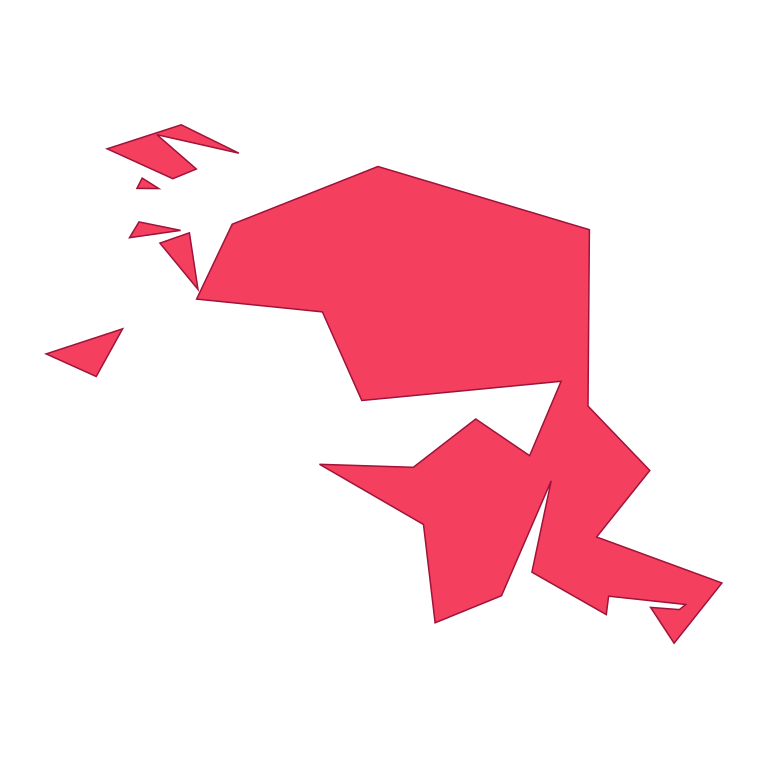 map outline of Papua Barat (orthographic projection)
{"feature_id": "IDN-1933", "entity_name": "Papua Barat", "entity_type": "Province", "adm_level": 1, "iso_a3": "IDN", "parent_name": "Indonesia", "parent_adm1": "", "projection": "orthographic", "projection_center": [132.375, -1.612], "detail": "coarse", "context": "isolated", "style": "filled", "palette": "rose", "viewbox_px": 768, "rotation_deg": 0, "n_neighbors": 0, "source": "natural_earth", "source_scale": "10m", "svg_char_len": 735}
<svg xmlns="http://www.w3.org/2000/svg" viewBox="0 0 768 768"><path d="M674.1,643.2L650.6,607.4L679.4,609.6L685.7,604.5L608.6,596.2L606.3,614.6L531.9,572.2L551.2,480.8L501.5,595.7L435.1,622.8L423.5,524.5L319.5,464.3L413.3,467.3L475.7,419.0L529.6,455.7L561.1,381.3L361.8,400.5L322.4,311.9L196.6,299.1L232.2,224.2L377.9,166.5L589.4,229.7L588.0,406.1L649.8,470.5L596.6,537.0L721.9,583.0L674.1,643.2ZM238.9,153.2L156.9,134.7L196.3,169.0L172.8,178.7L107.1,148.8L181.2,124.8L238.9,153.2ZM122.6,328.8L96.2,376.5L46.1,353.9L122.6,328.8ZM189.4,232.8L198.0,289.4L159.9,243.1L189.4,232.8ZM139.0,221.9L180.6,230.4L129.5,237.7L139.0,221.9ZM142.2,178.1L158.8,188.6L136.9,188.4L142.2,178.1Z" fill="#f43f5e" stroke="#9f1239" stroke-width="1.5"/></svg>